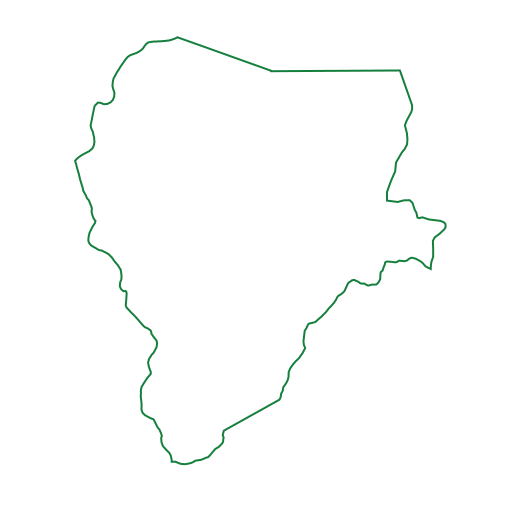 Bordelais, Praslin, Saint Lucia (Albers equal-area conic projection), rotated 94°
{"feature_id": "8701671B2612636818679", "entity_name": "Bordelais", "entity_type": "district", "adm_level": 2, "iso_a3": "LCA", "parent_name": "Saint Lucia", "parent_adm1": "Praslin", "projection": "albers", "projection_center": [-60.899, 13.896], "detail": "fine", "context": "isolated", "style": "outline", "palette": "green", "viewbox_px": 512, "rotation_deg": 94, "n_neighbors": 0, "source": "geoboundaries", "source_scale": "gbopen_adm2", "svg_char_len": 5988}
<svg xmlns="http://www.w3.org/2000/svg" viewBox="0 0 512 512"><g transform="rotate(94 256 256)"><path d="M60.9,125.4L70.6,253.9L70.1,254.0L50.0,325.6L43.3,349.7L43.4,349.9L43.6,350.0L43.8,350.2L44.5,351.7L44.9,352.3L45.0,352.6L45.2,353.0L45.3,353.2L45.9,354.7L46.4,355.9L46.7,356.8L47.0,357.7L47.3,358.8L47.3,359.3L47.3,359.6L47.5,360.0L47.6,361.0L47.9,362.0L47.9,362.5L48.0,363.2L48.1,363.7L48.2,364.5L48.3,364.8L48.4,365.2L48.4,365.7L48.5,366.1L48.6,366.8L48.6,367.1L48.7,368.2L48.7,369.0L48.9,369.5L49.0,370.2L49.1,371.8L49.1,372.1L49.2,372.6L49.2,372.9L49.3,373.4L49.4,373.7L49.6,374.6L49.6,375.3L49.9,376.1L50.1,376.9L50.3,377.9L50.7,378.7L52.5,380.7L52.7,380.8L53.7,381.4L54.7,382.0L55.0,382.2L55.9,382.7L56.6,383.1L57.0,383.5L57.3,383.6L57.5,383.8L57.8,384.1L58.2,384.5L58.5,384.8L58.7,385.1L59.2,385.6L60.0,386.6L60.5,387.3L61.0,388.2L61.5,388.9L61.9,389.7L62.4,390.7L62.8,391.7L63.2,392.5L63.3,392.8L63.6,393.5L64.2,394.9L64.5,395.4L64.6,395.6L65.0,396.2L65.3,396.5L66.2,397.7L67.1,398.5L68.1,399.1L68.3,399.4L68.8,399.7L70.2,400.6L72.8,402.1L75.2,403.6L77.0,404.6L77.8,405.0L80.4,406.4L82.4,407.5L83.7,408.1L85.9,409.1L86.1,409.3L86.5,409.4L87.7,410.0L88.9,410.5L90.9,410.8L91.1,410.9L96.2,411.1L98.8,410.3L103.2,408.6L105.1,408.6L107.0,408.6L110.3,409.7L112.3,411.3L112.7,411.6L114.2,414.1L114.6,414.8L114.7,415.2L115.2,418.3L114.1,421.6L114.1,421.8L114.0,422.8L114.0,424.4L117.5,427.4L119.2,427.7L127.1,428.8L134.6,429.7L137.3,430.1L139.9,429.4L143.8,427.3L145.2,427.0L145.9,426.8L147.6,426.2L148.7,425.8L151.2,425.5L153.4,425.1L157.1,425.5L157.7,425.7L158.1,425.9L158.9,426.2L160.1,426.7L163.2,429.8L163.3,430.1L165.1,433.0L167.4,436.7L169.0,438.7L169.8,439.7L172.1,442.0L173.8,443.1L176.3,442.1L177.0,441.8L179.4,441.1L181.0,440.5L181.6,440.3L186.1,438.6L192.2,436.7L195.6,435.4L197.9,434.5L198.5,434.2L199.3,434.0L199.6,433.8L202.9,432.9L206.0,430.9L207.3,430.0L207.7,429.8L209.2,429.1L210.0,428.8L212.1,426.6L214.3,425.6L215.3,425.1L217.5,424.0L219.1,423.4L219.6,423.1L221.8,423.1L223.9,423.0L224.5,422.8L226.0,422.3L226.5,422.1L229.5,420.8L231.1,419.6L231.8,419.0L232.2,418.6L234.2,418.9L236.4,420.1L238.4,421.2L239.1,421.5L240.0,421.9L242.3,422.8L244.6,423.7L246.4,424.0L248.4,424.3L251.5,424.4L252.2,424.3L252.7,424.2L252.9,424.2L254.1,423.6L255.3,422.9L256.1,422.1L256.9,421.3L257.2,420.8L259.2,416.7L260.8,413.6L261.0,412.8L261.4,410.0L262.0,408.6L263.7,404.7L264.1,404.0L264.4,403.2L265.1,402.5L267.4,399.8L271.0,396.9L274.8,393.2L275.3,392.9L275.6,392.6L277.7,391.1L278.9,390.1L282.0,389.4L282.7,389.2L283.3,389.1L284.9,388.8L286.3,388.7L288.9,388.7L290.3,389.2L290.6,389.3L291.3,389.5L292.2,389.7L293.5,389.7L295.8,389.7L297.1,389.0L298.0,388.6L298.6,388.0L299.7,386.8L300.2,385.9L300.3,385.6L300.1,384.1L300.0,383.8L300.3,383.3L300.5,383.0L301.9,382.5L304.8,382.4L309.7,382.4L310.3,382.4L314.1,382.5L315.1,382.1L316.3,381.7L318.6,379.2L320.9,376.8L324.0,373.1L324.5,372.6L325.1,371.9L330.4,366.6L330.7,366.3L333.0,364.0L334.7,362.0L335.3,360.4L335.4,360.0L335.8,358.8L337.3,356.5L337.8,355.8L338.3,355.6L338.7,355.3L340.8,354.9L341.1,354.7L343.1,353.1L344.7,351.7L347.2,349.4L349.6,348.6L353.7,348.8L356.5,350.0L356.8,350.1L357.5,350.4L359.6,351.4L359.8,351.5L360.1,351.8L360.5,352.1L362.0,353.3L366.4,355.6L369.9,356.2L373.7,355.2L374.2,355.1L377.6,353.5L377.8,353.4L378.2,353.2L378.6,353.0L380.8,352.7L381.8,353.4L383.0,354.2L384.4,355.3L384.9,355.7L388.0,357.5L390.2,358.7L390.6,359.0L391.1,359.2L393.2,360.3L394.5,361.0L397.4,361.4L398.3,361.5L401.0,361.2L401.3,361.2L404.1,361.2L408.9,360.3L409.3,360.2L412.1,359.8L412.4,359.7L412.7,359.7L413.6,359.7L417.3,359.5L420.2,358.3L420.7,357.8L421.2,357.2L422.7,355.5L422.8,355.1L423.3,354.0L424.0,352.5L424.1,352.3L425.0,350.2L426.2,346.7L429.2,344.9L430.1,344.4L433.0,342.7L434.0,342.1L435.2,340.9L435.9,340.2L437.5,339.4L439.3,338.4L439.7,338.3L442.0,337.3L443.6,337.8L444.1,337.9L445.0,337.8L445.4,337.7L448.3,337.3L451.0,336.1L452.1,335.6L452.8,334.9L455.5,332.1L457.2,330.2L458.4,328.8L460.8,327.2L463.8,326.3L465.6,325.8L466.3,325.8L467.1,325.8L467.1,324.8L466.8,322.2L467.6,319.8L468.5,317.0L468.7,314.6L468.5,311.5L467.6,308.3L467.1,306.5L465.9,304.2L464.5,302.5L463.1,296.4L460.6,291.5L460.0,289.7L457.2,287.4L453.9,285.1L451.3,283.1L449.1,279.9L445.4,276.7L443.5,275.9L441.5,275.9L439.5,275.6L437.0,276.7L432.5,275.9L397.7,222.6L396.2,221.9L394.6,221.5L391.5,221.3L389.2,220.2L388.0,219.8L386.6,219.8L384.7,219.5L382.6,218.1L380.0,216.7L377.4,215.7L374.3,215.1L369.4,215.3L367.3,214.5L365.9,214.1L363.9,213.0L361.4,211.4L358.2,209.0L355.6,206.6L353.7,205.2L351.8,204.2L350.2,203.1L348.8,202.4L346.4,201.4L344.8,200.6L344.2,200.6L342.6,201.4L342.0,201.8L341.0,202.1L337.8,202.7L327.2,202.2L326.2,201.6L324.6,200.7L320.7,199.3L319.8,198.5L318.2,193.5L317.6,192.0L316.2,190.8L314.6,189.2L314.3,189.0L312.1,186.6L311.2,185.9L306.8,182.1L303.4,179.9L300.1,177.1L299.9,177.0L297.4,175.1L294.2,173.2L292.2,172.4L290.7,171.7L289.7,170.7L288.6,169.0L286.3,166.5L284.8,165.3L277.1,162.4L276.0,161.6L274.0,158.9L273.4,158.4L273.0,156.0L273.7,154.9L274.4,152.4L276.0,150.0L276.1,148.3L276.0,145.8L276.9,144.2L277.7,142.1L277.4,141.0L276.4,138.2L276.3,136.0L276.0,134.0L275.1,133.0L273.5,131.8L270.5,130.5L265.5,130.6L263.5,130.5L261.7,128.7L258.4,127.9L255.7,127.0L254.5,126.8L253.4,126.7L252.6,125.5L252.3,124.5L252.4,120.0L252.6,116.8L252.2,115.0L251.2,113.8L250.6,112.8L250.8,110.5L250.8,107.2L249.9,105.0L247.7,102.6L247.0,101.0L246.9,99.7L247.6,96.4L249.6,92.0L251.3,89.3L253.9,86.8L254.8,85.6L256.8,80.8L253.3,80.9L249.6,80.6L244.4,79.2L237.1,79.7L228.5,80.6L224.8,78.9L221.1,74.5L216.0,69.8L214.0,68.9L210.9,69.2L209.2,71.0L208.1,74.5L207.5,85.9L205.8,92.9L206.9,95.8L206.4,97.6L201.5,99.1L199.0,100.8L191.9,103.7L189.6,106.7L190.2,112.5L192.2,118.4L191.6,129.2L183.1,129.8L171.7,126.6L162.0,123.1L152.9,122.8L142.7,117.8L139.0,115.2L134.2,113.1L128.8,113.1L123.1,114.0L115.2,116.6L110.6,115.2L101.5,111.1L98.4,110.5L94.7,110.8L61.1,125.3L60.9,125.4Z" fill="none" stroke="#15803d" stroke-width="2"/></g></svg>